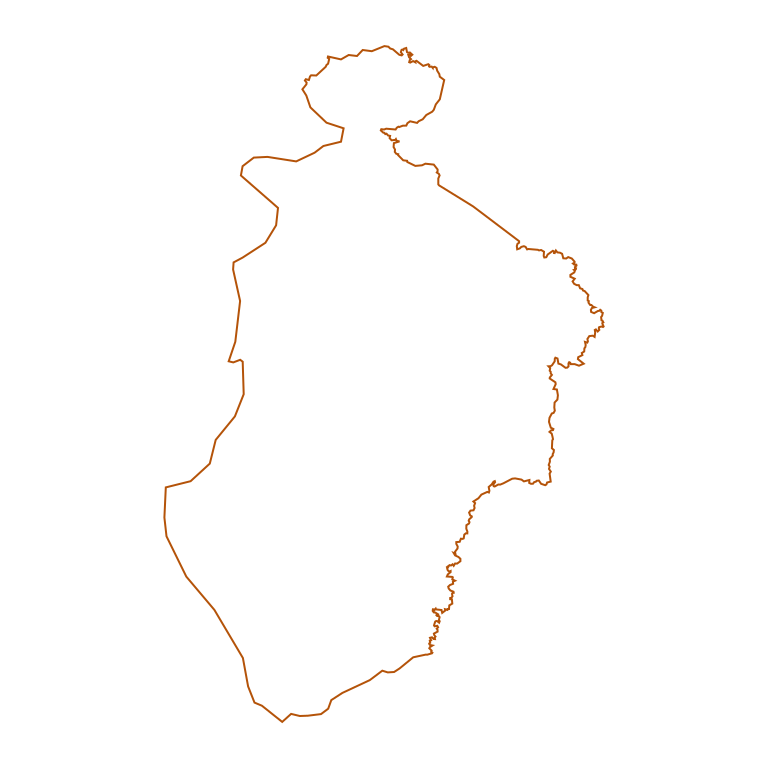 Krachi East Municipal, Volta, Ghana
{"feature_id": "2480657B4921606442052", "entity_name": "Krachi East Municipal", "entity_type": "district", "adm_level": 2, "iso_a3": "GHA", "parent_name": "Ghana", "parent_adm1": "Volta", "projection": "orthographic", "projection_center": [0.372, 7.806], "detail": "fine", "context": "isolated", "style": "outline", "palette": "amber", "viewbox_px": 768, "rotation_deg": 0, "n_neighbors": 0, "source": "geoboundaries", "source_scale": "gbopen_adm2", "svg_char_len": 6062}
<svg xmlns="http://www.w3.org/2000/svg" viewBox="0 0 768 768"><path d="M590.2,305.0L588.5,302.7L588.8,301.1L587.7,300.5L587.7,297.3L588.4,295.1L584.7,291.1L583.0,290.5L582.4,289.0L580.1,288.3L578.8,285.1L576.6,285.1L574.1,283.8L572.6,281.4L574.7,278.7L570.4,276.8L570.4,274.9L574.3,272.4L574.9,270.7L574.0,269.9L575.8,269.3L576.0,268.4L575.0,268.3L574.9,267.1L576.5,265.6L576.3,264.7L574.4,264.7L573.0,263.5L574.5,262.7L574.6,261.7L571.8,258.5L568.2,257.1L566.2,258.5L563.3,258.3L562.1,253.8L560.0,252.7L557.4,252.4L555.9,250.5L554.7,253.1L554.0,253.0L554.1,251.5L552.9,250.8L547.7,254.5L546.3,257.2L544.3,257.5L543.7,255.9L544.0,251.7L541.1,250.0L539.0,250.4L537.9,249.8L528.4,249.0L527.1,249.4L525.6,246.9L523.9,246.2L521.3,246.9L519.8,248.4L517.2,249.3L516.8,246.1L517.5,243.8L519.1,242.7L519.1,241.2L473.1,206.4L439.1,185.4L438.3,184.4L438.3,178.5L439.6,175.4L438.8,173.8L436.8,172.5L437.6,171.3L437.6,169.5L433.8,164.6L425.4,163.7L422.0,165.3L415.3,165.9L407.3,162.0L407.1,160.8L403.2,160.3L398.0,155.0L398.2,154.2L396.3,153.8L394.8,151.9L395.0,149.5L393.6,147.1L393.9,143.1L399.5,141.4L396.6,140.8L395.9,139.1L395.3,139.9L391.6,140.3L389.6,138.1L390.1,135.9L388.1,135.5L386.5,133.7L385.3,134.1L384.4,132.8L383.3,132.7L380.8,130.4L381.3,129.2L384.1,129.5L386.2,128.7L395.6,129.5L396.8,127.7L398.4,126.7L399.3,127.0L402.8,125.7L406.3,125.6L407.4,123.2L410.1,121.3L417.1,122.9L418.7,121.2L422.7,119.3L426.3,115.0L432.2,111.7L433.8,109.8L435.8,104.4L439.8,99.3L444.2,80.0L439.8,76.7L439.3,74.1L437.2,70.7L436.5,67.9L434.7,66.8L432.9,67.3L432.8,68.0L431.7,66.6L429.5,66.8L429.0,66.3L429.3,65.0L428.3,64.2L423.2,65.9L416.5,60.8L415.1,61.4L415.3,62.3L413.1,61.1L410.2,62.6L409.2,62.2L409.8,60.0L411.0,59.1L409.1,57.3L408.3,54.9L410.2,54.5L410.9,55.9L412.3,54.7L409.9,52.5L407.9,52.7L407.0,52.1L406.2,48.0L404.0,48.7L403.3,50.0L402.7,49.5L401.6,49.8L400.8,52.1L402.6,54.5L401.7,55.4L399.3,54.8L392.9,49.3L390.2,48.5L388.4,46.7L384.4,46.1L371.8,51.2L362.7,50.0L357.0,56.0L348.7,55.0L341.0,59.4L328.0,56.5L327.7,57.8L329.2,58.9L328.1,63.7L326.5,65.0L325.7,66.8L316.3,75.5L311.1,75.3L310.0,76.5L308.9,80.0L305.8,79.2L304.9,80.5L306.6,82.6L306.4,84.3L302.4,89.3L306.3,95.5L310.4,107.4L326.5,122.7L343.6,128.3L341.0,141.7L323.4,146.0L314.6,152.7L296.2,161.4L267.5,156.9L253.8,157.6L242.6,166.2L240.9,175.5L278.0,207.9L276.1,225.3L265.4,242.8L242.6,257.6L233.6,262.4L233.1,269.5L240.1,301.0L235.3,341.8L228.7,361.3L233.3,362.4L240.2,359.8L242.7,361.7L243.7,394.2L234.9,416.4L215.7,439.9L209.8,463.6L190.6,481.2L165.8,487.4L164.4,517.5L166.5,536.3L186.3,576.6L214.4,609.9L242.9,658.0L248.1,686.4L254.5,702.6L261.9,705.7L282.2,721.9L291.1,713.9L299.8,716.0L307.9,715.7L321.0,714.1L328.2,708.7L331.3,700.1L342.4,692.9L369.8,680.1L382.3,670.7L387.8,672.4L394.1,672.0L399.5,668.5L413.2,657.3L425.8,654.6L427.2,654.7L432.0,653.3L432.4,652.7L431.2,651.8L431.6,650.6L429.3,648.3L429.9,647.1L432.5,645.5L430.0,645.0L429.4,644.3L429.2,643.5L430.2,642.8L429.8,640.7L431.1,640.3L430.0,637.8L432.0,637.3L433.6,639.0L435.0,639.1L434.7,637.6L435.5,636.6L434.3,635.2L433.9,633.6L437.6,631.6L437.5,629.7L436.7,628.7L438.1,627.3L437.3,625.8L434.6,626.3L434.0,625.4L435.2,621.6L436.2,621.0L437.3,621.2L439.1,622.7L439.7,621.2L438.8,620.4L439.6,617.1L439.0,616.2L437.2,616.0L436.4,615.2L436.7,614.7L438.0,615.1L438.2,614.4L435.4,612.6L433.8,612.4L432.7,610.9L432.9,609.3L434.2,609.4L434.5,610.0L435.7,608.6L436.0,609.4L441.5,610.0L442.2,612.9L445.3,610.5L445.0,609.2L447.4,609.9L447.6,609.0L449.0,609.0L449.3,605.4L452.3,603.6L451.9,599.4L450.2,599.2L450.2,598.0L451.4,597.8L452.5,596.3L452.0,593.9L452.5,593.0L453.7,592.8L453.5,591.7L450.4,590.5L448.7,588.5L448.2,586.7L450.0,585.0L453.1,583.8L452.9,581.6L455.0,580.7L452.3,579.4L452.8,577.3L452.2,576.9L446.9,576.5L447.8,574.4L450.6,572.1L450.6,571.0L449.3,571.6L447.8,570.4L447.2,568.6L448.0,567.3L446.3,567.6L449.6,565.1L451.0,565.5L452.6,564.3L453.7,565.8L455.1,563.5L457.1,563.6L460.4,561.2L460.4,558.8L458.5,557.0L455.1,555.4L453.7,553.0L455.4,553.7L455.0,551.8L457.5,548.5L457.7,546.5L456.3,543.9L456.3,542.1L459.7,541.8L460.9,538.7L462.6,538.9L463.7,538.4L464.3,534.6L465.9,533.3L467.3,533.4L467.4,531.7L466.3,528.7L466.4,525.2L469.0,523.5L469.5,522.1L468.7,520.8L469.2,519.3L471.7,517.1L471.8,516.4L470.2,515.4L469.1,512.6L470.5,510.6L473.5,510.3L474.6,508.0L474.1,505.8L475.1,503.1L473.4,501.5L478.5,498.2L481.4,494.6L487.3,491.9L488.9,492.5L489.4,490.8L488.7,487.0L491.7,484.4L493.5,481.7L494.8,481.1L495.1,482.1L493.6,484.1L493.4,485.5L493.7,486.2L494.7,486.5L498.3,484.5L500.2,484.6L503.4,483.3L512.2,478.7L515.1,478.4L521.5,479.6L523.9,481.4L529.4,480.0L529.2,482.9L531.0,483.8L533.0,483.7L534.2,482.1L535.9,481.7L536.6,480.8L538.8,480.5L541.1,483.8L545.2,485.2L546.4,484.5L547.1,482.5L550.7,481.6L549.6,473.6L550.8,471.6L549.0,468.9L549.7,466.6L548.7,465.0L549.9,461.7L549.8,458.9L552.8,455.5L552.7,454.1L553.6,452.4L553.9,450.0L551.9,448.3L552.3,440.3L553.0,439.2L552.4,436.3L551.7,433.6L549.5,431.9L551.1,430.4L553.0,430.1L553.4,429.0L550.8,427.7L549.0,421.9L549.5,417.8L551.8,413.5L553.6,412.9L554.8,410.7L554.3,407.5L554.6,402.5L557.4,399.6L557.9,395.3L556.9,389.5L553.5,389.0L555.7,384.1L555.4,382.3L549.7,378.5L549.8,377.5L551.9,374.9L550.7,373.4L550.7,371.8L549.7,370.7L550.2,368.1L548.5,366.3L550.5,366.2L552.0,365.3L554.7,361.3L554.8,358.7L555.4,357.7L557.5,358.5L558.4,363.6L560.9,364.4L565.5,367.8L567.3,367.6L568.5,366.4L568.5,363.3L569.2,362.2L570.2,362.7L570.7,364.1L574.6,364.1L579.0,365.7L583.7,363.7L577.9,359.1L578.2,357.2L582.4,355.1L581.8,353.0L584.2,351.5L584.4,348.3L585.3,347.2L585.7,345.0L585.0,341.9L587.3,342.6L587.9,341.3L587.4,339.0L589.3,336.1L592.8,335.7L594.6,336.9L595.2,332.4L594.8,330.0L595.9,329.4L597.7,331.5L599.3,329.9L598.8,328.1L599.1,327.2L601.5,326.5L603.0,327.0L603.6,326.5L602.3,323.5L602.5,322.6L603.3,322.3L602.5,320.7L601.5,320.3L601.1,317.1L602.1,315.8L602.8,312.9L601.4,312.1L601.3,310.6L600.2,309.8L599.3,310.8L597.9,311.0L594.1,313.2L591.1,311.9L590.9,309.9L591.9,308.0L594.6,307.3L593.1,306.7L591.4,305.0L590.2,305.0Z" fill="none" stroke="#b45309" stroke-width="2"/></svg>